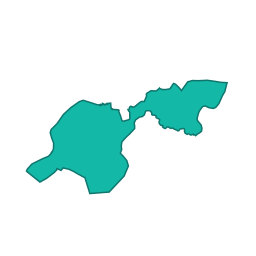 Ngaski, Kebbi, Nigeria (Robinson projection), rotated 41°
{"feature_id": "59680162B87284296025200", "entity_name": "Ngaski", "entity_type": "district", "adm_level": 2, "iso_a3": "NGA", "parent_name": "Nigeria", "parent_adm1": "Kebbi", "projection": "robinson", "projection_center": [4.799, 10.576], "detail": "fine", "context": "isolated", "style": "filled", "palette": "teal", "viewbox_px": 256, "rotation_deg": 41, "n_neighbors": 0, "source": "geoboundaries", "source_scale": "gbopen_adm2", "svg_char_len": 4156}
<svg xmlns="http://www.w3.org/2000/svg" viewBox="0 0 256 256"><g transform="rotate(41 128 128)"><path d="M133.9,64.2L133.4,64.4L133.1,64.5L133.2,65.1L133.2,65.4L133.2,65.6L133.2,65.9L133.3,66.5L133.4,67.0L133.5,67.3L133.7,68.2L133.8,68.5L133.7,68.8L133.6,69.0L133.6,69.3L133.7,69.7L133.9,69.8L134.0,70.0L133.9,70.2L133.9,70.5L133.8,71.1L131.1,74.4L128.1,76.8L127.7,76.9L127.4,76.8L126.1,77.6L125.8,77.6L125.6,77.4L125.3,80.1L124.7,81.8L120.9,84.8L119.4,89.6L119.5,90.0L119.6,90.4L121.1,91.8L122.9,97.3L120.6,99.3L119.9,102.5L119.5,104.8L119.5,105.4L119.3,106.1L119.2,106.5L119.1,107.0L119.0,107.4L118.9,107.9L118.7,108.2L118.6,108.3L118.5,108.6L118.2,108.9L118.0,109.0L117.7,109.0L117.6,109.4L117.4,109.5L116.8,109.4L116.4,109.5L115.9,109.8L115.7,110.0L115.7,110.3L115.6,110.6L115.6,111.3L115.7,111.7L115.8,111.9L116.0,112.3L116.2,112.6L116.4,112.9L116.5,113.1L116.6,113.3L116.6,113.6L116.5,113.8L116.3,114.1L116.1,114.2L116.7,114.5L117.9,114.8L118.9,114.9L121.6,117.9L123.4,119.9L123.2,120.9L122.7,122.0L121.9,123.1L119.9,126.1L119.1,126.4L118.6,126.2L118.1,126.1L114.3,123.7L111.4,122.2L111.0,122.0L109.5,121.1L109.6,120.6L109.4,120.5L108.8,120.6L108.5,120.9L107.8,121.4L107.2,121.8L106.4,122.3L105.9,122.7L105.4,123.2L105.2,123.3L104.7,123.6L104.0,124.3L103.9,124.0L103.6,123.8L103.2,124.1L102.6,124.0L102.2,124.1L100.1,122.1L98.6,120.6L97.9,121.2L97.2,122.3L97.1,122.8L96.9,122.9L96.9,123.1L96.9,123.5L96.7,123.5L96.4,123.3L96.3,122.9L96.0,123.1L96.3,123.9L96.1,124.0L96.0,123.9L95.7,124.2L95.6,124.4L95.7,125.3L95.6,125.5L95.3,125.0L94.4,125.9L93.7,125.8L93.4,126.0L93.0,126.1L93.3,126.3L93.7,126.3L93.8,126.6L93.4,127.3L93.0,127.8L92.8,127.7L92.8,128.0L92.6,129.1L92.3,129.2L92.1,127.9L91.9,128.0L91.5,128.7L91.3,128.9L91.3,129.0L91.3,129.3L91.2,129.4L89.7,130.5L88.4,131.1L81.9,133.9L76.0,136.5L73.9,140.2L73.9,140.3L71.5,150.1L70.4,159.9L70.4,160.2L71.1,166.7L71.6,171.2L71.2,177.0L71.0,179.5L72.4,182.6L75.9,184.9L77.5,185.9L81.8,188.2L85.1,192.2L86.2,194.5L86.2,196.5L86.2,196.8L86.7,196.8L86.5,201.6L86.4,201.8L84.0,206.6L83.6,207.4L79.1,218.2L79.0,224.2L79.0,224.9L79.4,226.4L79.6,227.1L81.0,227.2L96.9,226.6L97.0,226.6L99.6,219.3L101.5,210.2L101.7,206.6L101.0,205.5L101.0,205.3L105.3,203.9L105.2,201.1L105.1,200.9L106.5,200.0L107.9,199.3L110.2,198.0L112.2,197.4L114.4,196.8L116.0,196.3L117.3,196.2L119.1,195.8L120.0,195.6L121.1,195.4L122.2,195.1L123.9,194.7L125.0,194.6L128.0,193.7L142.2,202.5L155.8,188.7L156.6,166.8L153.2,156.4L148.5,153.4L145.7,152.9L143.0,152.4L138.8,152.1L137.3,148.3L135.1,146.4L133.9,144.8L132.5,142.4L132.5,139.2L132.6,137.7L132.6,135.9L133.1,131.5L133.2,128.6L133.4,124.1L131.7,122.1L129.4,120.2L128.4,116.9L129.5,112.2L130.9,110.5L131.2,110.2L131.3,110.1L131.7,107.5L130.3,103.7L130.7,102.8L130.8,102.6L131.5,102.0L132.5,101.3L133.2,100.7L133.8,100.4L135.7,101.0L136.5,101.4L137.1,102.3L137.5,102.3L138.1,102.2L138.5,101.8L139.2,101.1L139.9,100.8L140.5,100.5L141.2,100.5L141.9,101.4L142.5,101.7L143.9,101.4L145.4,100.9L146.2,100.8L146.7,101.2L147.0,102.1L147.5,103.2L148.9,104.2L149.9,104.3L151.1,104.4L152.0,103.8L152.4,103.3L152.9,103.5L153.4,104.5L155.0,104.5L156.0,104.2L156.4,104.0L156.6,103.7L156.7,102.5L156.9,101.8L157.2,101.2L157.4,100.9L157.9,100.7L159.3,100.6L160.8,100.0L161.3,99.3L161.9,98.6L163.3,98.6L164.8,98.1L166.2,97.6L167.2,97.6L167.8,97.2L168.1,96.6L168.1,95.9L168.0,95.1L168.0,94.5L168.1,94.4L168.2,94.2L168.9,93.7L169.4,92.9L170.1,92.0L170.6,91.7L171.2,91.8L171.8,92.3L172.3,92.9L172.9,93.5L173.8,94.1L174.2,94.3L174.5,94.4L175.8,94.2L176.9,93.9L177.2,93.0L177.3,92.9L177.5,92.5L177.8,92.4L179.5,92.3L180.0,92.1L180.3,91.8L180.9,90.4L181.0,90.3L181.1,90.1L181.2,89.9L181.4,89.9L181.6,90.1L181.8,90.3L182.1,90.2L182.6,89.6L183.0,89.4L184.1,89.4L184.4,87.1L185.3,84.3L185.6,82.2L183.9,79.6L181.0,77.7L176.4,77.0L174.3,76.1L172.0,71.8L170.9,69.0L170.5,66.4L170.3,62.6L172.0,60.6L175.7,59.6L179.5,57.3L180.6,55.1L180.7,54.9L180.7,54.1L180.6,50.0L178.1,41.8L177.2,37.1L175.8,34.2L174.1,31.0L173.1,28.8L167.7,32.9L163.4,35.5L156.5,40.0L149.9,46.3L145.4,50.0L143.4,53.1L142.8,54.0L143.8,64.7L143.5,64.6L139.9,64.0L135.3,63.8L133.9,64.2Z" fill="#14b8a6" stroke="#0f766e" stroke-width="1.5"/></g></svg>